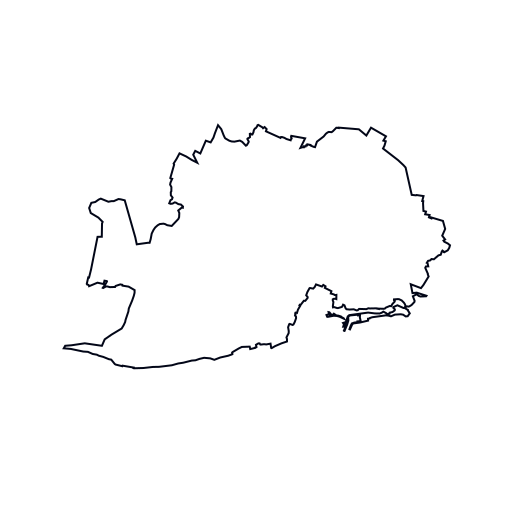 the district of Kota Banda Aceh, Aceh, Indonesia, rotated 205°
{"feature_id": "22746128B56363132836699", "entity_name": "Kota Banda Aceh", "entity_type": "district", "adm_level": 2, "iso_a3": "IDN", "parent_name": "Indonesia", "parent_adm1": "Aceh", "projection": "albers", "projection_center": [95.318, 5.562], "detail": "fine", "context": "isolated", "style": "outline", "palette": "ink", "viewbox_px": 512, "rotation_deg": 205, "n_neighbors": 0, "source": "geoboundaries", "source_scale": "gbopen_adm2", "svg_char_len": 6102}
<svg xmlns="http://www.w3.org/2000/svg" viewBox="0 0 512 512"><g transform="rotate(205 256 256)"><path d="M391.2,91.1L384.6,93.5L372.2,96.4L367.8,98.1L362.6,98.2L358.5,99.3L356.3,99.2L351.8,100.0L345.7,100.3L343.4,100.9L338.3,98.4L337.3,98.3L330.6,99.6L330.6,100.2L319.7,103.2L319.6,102.6L319.1,102.7L310.7,106.9L302.5,111.9L297.0,114.6L286.1,121.4L281.1,125.7L276.9,128.5L270.0,134.1L266.8,135.9L263.7,138.9L260.0,141.8L254.2,143.9L249.9,144.3L245.5,148.9L239.0,153.9L236.1,156.8L235.9,157.2L236.8,158.2L236.7,158.9L232.5,165.0L230.4,167.6L223.4,171.2L221.9,169.2L218.0,172.3L218.2,172.5L217.1,173.7L218.5,175.5L216.9,177.8L215.8,178.3L214.8,177.6L214.3,177.7L211.4,179.5L209.3,180.2L205.8,182.7L203.4,179.1L202.9,179.1L200.6,182.4L196.0,187.6L191.8,191.6L192.8,193.8L194.0,195.1L193.8,199.9L194.6,201.8L196.8,205.0L197.1,208.3L196.8,208.7L193.6,209.0L193.1,209.8L193.0,212.5L193.4,216.6L194.1,217.9L195.4,218.5L195.3,219.4L196.0,219.9L196.3,221.3L196.1,221.5L194.8,221.7L195.3,225.1L194.9,229.3L195.8,229.6L195.7,230.3L195.1,230.3L194.9,230.6L193.7,235.7L192.4,236.2L191.5,239.8L191.8,240.6L193.9,241.6L194.2,245.1L193.9,249.4L193.6,249.8L190.4,250.6L189.7,252.7L189.6,255.6L183.3,256.2L182.8,258.2L180.2,257.9L180.1,256.2L172.8,256.0L172.4,253.6L169.1,254.1L168.3,253.9L167.2,254.3L166.7,254.7L165.0,250.9L166.0,250.8L167.5,250.0L168.1,249.2L167.6,248.1L166.4,247.0L165.1,242.9L164.5,242.0L163.6,242.7L160.5,243.1L159.6,243.5L156.7,246.1L156.5,246.6L156.5,248.7L155.0,248.7L152.7,246.5L151.5,246.0L148.6,247.0L144.9,249.0L141.8,249.2L140.9,249.8L140.2,251.6L133.5,254.5L132.1,256.1L130.6,256.6L124.9,259.4L123.0,260.0L123.1,259.7L122.7,259.8L122.9,260.0L118.0,262.1L117.0,262.8L116.5,264.1L113.6,267.3L112.3,267.6L112.1,270.1L111.1,273.1L111.2,273.9L112.3,274.3L112.6,275.0L109.2,276.9L108.1,277.3L105.2,277.3L102.2,276.2L100.5,275.1L99.4,273.9L99.4,271.6L100.4,271.2L107.0,271.1L109.9,267.8L109.7,267.1L107.6,266.3L107.3,265.3L108.6,262.9L110.9,261.1L110.6,260.1L112.9,258.7L113.8,259.2L117.1,259.4L118.1,257.7L119.7,256.1L124.0,254.2L130.5,252.1L146.5,241.8L147.3,240.0L146.1,229.1L145.8,229.0L145.9,230.3L145.0,230.4L144.8,225.5L144.4,225.4L144.1,225.5L144.4,232.3L145.0,236.5L146.7,239.7L146.2,241.3L145.1,242.2L139.0,245.8L138.5,245.2L136.7,246.2L135.9,244.2L133.5,241.1L133.6,240.6L135.2,239.4L135.4,239.8L134.9,240.1L135.0,240.4L136.4,239.6L136.2,239.3L135.6,239.7L135.4,239.3L138.8,237.2L140.6,235.4L140.7,233.0L140.4,229.2L139.8,229.2L139.9,234.2L139.5,235.9L133.7,239.6L127.1,244.8L128.0,246.5L126.6,247.4L126.6,247.9L124.8,249.6L113.2,257.1L110.9,257.9L108.2,258.4L105.3,261.6L100.1,264.4L97.8,265.0L94.8,264.5L93.1,265.5L92.4,269.0L95.4,270.9L95.5,271.3L98.5,271.6L98.6,273.9L96.2,274.7L95.7,275.2L94.3,277.3L93.0,281.3L93.3,282.4L96.8,285.8L94.3,289.2L91.5,288.6L89.8,288.8L84.8,291.4L84.7,292.0L94.9,290.7L98.5,288.5L103.8,295.8L92.9,296.6L92.0,300.6L90.9,310.4L92.5,311.9L92.6,312.4L97.6,316.8L97.6,318.3L95.5,319.4L97.5,322.0L98.3,322.0L98.0,324.3L96.2,325.7L95.7,327.4L93.4,328.2L90.9,333.7L89.1,335.2L89.5,338.5L89.3,339.7L87.7,339.4L87.5,338.9L87.0,338.9L84.6,342.2L84.3,345.1L84.7,347.7L87.5,348.4L91.4,348.5L92.6,349.2L91.6,350.9L95.8,353.1L96.0,360.5L101.4,366.8L113.5,365.0L113.1,364.2L115.6,364.1L116.0,366.5L120.3,365.3L120.7,368.1L123.3,367.6L126.9,374.4L127.6,376.4L128.6,376.1L129.5,381.1L136.3,379.1L136.6,378.6L140.7,377.2L157.8,399.4L160.9,400.7L167.7,402.9L186.3,407.1L186.2,410.3L186.9,414.8L189.3,414.4L188.8,419.4L206.0,420.9L206.9,411.8L216.3,414.3L235.3,407.3L235.1,406.9L237.4,406.2L239.0,401.7L239.8,400.2L242.5,399.2L243.4,398.1L244.3,396.4L245.2,392.9L249.1,385.4L248.5,379.6L249.9,379.3L252.8,379.2L252.9,379.5L254.3,379.3L254.3,379.5L256.7,378.9L256.5,377.8L257.3,377.6L257.3,376.2L258.8,375.8L258.5,374.8L259.9,374.2L261.4,372.8L261.2,383.4L274.8,379.8L274.6,378.7L273.4,377.7L273.4,377.1L273.7,376.6L273.5,375.5L277.9,374.9L280.2,375.1L282.8,374.8L283.7,374.3L283.7,373.4L299.7,373.2L300.0,375.5L302.7,376.5L303.6,374.8L304.5,375.3L309.4,375.8L309.9,375.2L309.8,373.8L310.2,371.9L310.9,371.0L311.1,369.0L310.6,367.0L310.6,364.6L310.9,364.3L312.7,364.6L313.2,364.1L311.7,361.2L312.4,359.9L313.2,359.1L313.3,358.4L311.0,356.7L310.8,355.8L311.2,352.5L311.8,351.7L316.7,353.6L319.4,353.8L323.9,350.5L326.5,349.5L328.9,349.2L333.4,349.6L334.1,349.9L336.3,351.7L341.1,356.3L345.7,358.5L345.1,349.8L344.6,345.3L345.1,339.8L350.2,339.3L349.8,325.4L355.5,325.6L355.7,321.3L348.7,315.7L354.7,315.9L361.3,316.7L368.7,316.7L369.0,310.7L369.7,304.9L368.8,304.2L366.6,290.4L365.8,290.2L364.6,290.5L364.5,286.3L364.0,284.4L361.8,282.7L360.1,278.9L360.2,277.8L358.8,275.0L356.3,273.7L356.1,271.9L357.1,270.4L356.9,267.1L355.4,267.2L353.7,268.3L352.4,270.2L351.3,270.5L348.3,270.2L345.8,270.9L343.1,270.0L342.7,268.8L343.7,268.6L345.7,264.4L343.7,262.6L342.1,258.7L342.0,256.8L345.1,247.6L349.5,246.4L351.9,246.5L353.5,246.2L356.7,244.3L358.1,242.3L359.4,239.3L359.9,236.4L360.0,232.3L358.6,226.8L358.0,223.0L359.4,222.4L369.0,216.2L373.3,221.9L398.5,251.0L402.5,250.2L404.7,249.5L408.1,245.6L410.1,244.7L412.7,242.8L420.9,242.4L422.4,240.7L424.5,237.0L427.7,234.6L427.5,229.0L423.9,225.1L415.1,224.2L409.4,222.1L409.3,220.4L403.9,208.3L407.7,206.4L399.8,174.1L398.2,165.9L399.0,165.7L397.6,159.2L397.0,158.8L395.7,159.0L395.0,158.7L394.5,158.1L388.4,164.8L382.3,166.2L382.9,169.6L380.6,170.2L380.3,169.9L380.5,167.2L381.4,162.4L381.0,162.4L379.0,165.1L377.7,165.6L375.3,166.0L370.6,168.4L370.6,169.5L367.0,172.9L365.0,173.4L364.5,172.7L358.5,174.4L351.6,173.8L350.5,171.3L349.9,168.2L349.4,163.1L349.1,154.7L348.2,151.7L347.2,142.9L346.7,140.9L346.7,137.4L347.1,133.5L353.7,123.7L357.9,116.5L357.7,109.5L374.3,104.5L385.5,97.1L391.0,94.0L391.2,91.1ZM164.6,234.5L164.4,234.0L166.0,233.5L167.2,232.3L165.8,231.0L165.2,231.2L160.3,234.7L157.2,235.9L154.6,236.3L149.7,236.3L150.1,236.6L152.6,236.8L153.4,237.1L156.4,236.7L158.0,236.1L161.1,236.6L161.4,235.7L160.7,235.1L162.8,234.6L165.7,236.0L166.5,235.8L166.1,235.3L164.6,234.5ZM147.1,233.7L148.8,232.1L147.4,231.3L147.1,228.9L146.8,229.1L146.9,230.6L147.1,233.7Z" fill="none" stroke="#020617" stroke-width="2"/></g></svg>